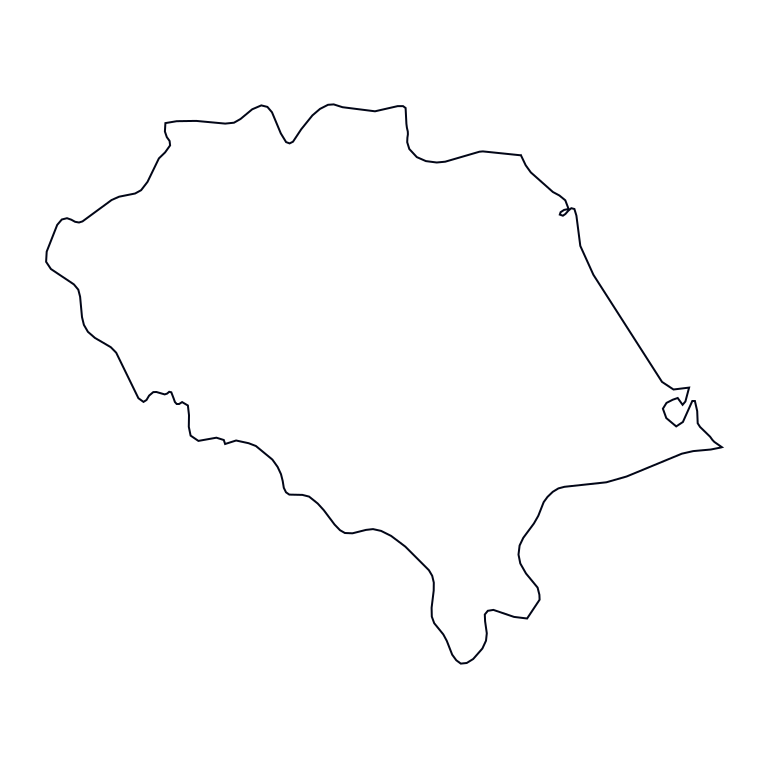 the Province of Quàng Nam
{"feature_id": "VNM-487", "entity_name": "Quàng Nam", "entity_type": "Province", "adm_level": 1, "iso_a3": "VNM", "parent_name": "Vietnam", "parent_adm1": "", "projection": "natural_earth1", "projection_center": [107.941, 15.525], "detail": "fine", "context": "isolated", "style": "outline", "palette": "ink", "viewbox_px": 768, "rotation_deg": 0, "n_neighbors": 0, "source": "natural_earth", "source_scale": "10m", "svg_char_len": 2485}
<svg xmlns="http://www.w3.org/2000/svg" viewBox="0 0 768 768"><path d="M79.0,222.5L82.5,221.4L111.6,200.0L119.1,196.7L135.1,193.5L141.1,190.2L147.5,181.9L158.9,158.4L165.1,152.4L170.1,145.4L169.6,141.0L166.8,137.1L164.9,131.5L165.4,123.1L176.7,121.2L196.1,120.9L225.2,123.6L234.0,122.7L240.5,119.0L252.2,109.3L261.3,105.4L267.4,106.9L272.0,112.3L280.8,133.4L286.1,142.1L289.6,143.4L293.0,141.7L301.2,129.3L312.4,115.4L320.0,108.9L328.0,104.8L333.7,104.4L342.5,107.2L375.0,111.3L397.8,106.1L403.0,106.1L405.6,108.0L406.4,123.8L406.9,127.7L407.8,131.6L407.9,134.4L407.4,137.7L407.2,142.2L409.3,149.0L416.8,157.1L425.9,161.1L436.7,162.5L445.2,161.7L479.5,151.7L482.9,151.4L520.7,155.3L520.9,155.2L525.7,165.3L530.8,172.4L552.9,192.0L559.4,195.5L565.3,200.3L568.6,209.0L564.1,209.9L560.6,212.2L559.8,214.6L562.9,215.7L565.4,214.0L568.3,210.7L571.3,208.2L574.4,209.0L576.4,215.6L580.3,245.9L593.4,274.8L662.0,381.9L673.5,389.5L689.1,387.6L685.4,401.5L682.6,404.8L677.7,398.0L672.8,399.7L666.5,402.9L662.9,408.7L666.3,418.1L676.2,426.4L682.9,422.0L692.3,401.0L694.9,401.0L697.2,411.1L697.7,423.3L700.1,427.0L710.1,436.7L712.4,439.9L714.3,441.9L721.9,447.2L720.9,447.5L710.9,449.5L693.2,451.1L681.8,453.7L626.6,476.5L606.3,482.3L564.5,486.8L558.4,488.4L552.8,491.8L547.5,496.9L543.7,502.1L538.3,515.8L533.9,523.5L523.3,537.8L519.6,545.5L518.5,554.6L520.3,563.5L526.0,573.5L537.6,587.6L539.4,594.8L539.6,599.7L527.1,618.5L514.0,616.9L493.4,609.9L487.8,610.8L484.8,614.5L485.1,621.3L486.8,633.3L486.0,640.7L482.4,648.5L473.2,659.0L466.7,663.0L460.8,663.6L456.3,660.3L452.2,654.7L446.8,640.9L443.3,634.4L434.2,623.2L431.8,616.6L431.6,607.8L433.7,590.6L433.8,582.6L432.2,575.8L428.9,570.2L405.3,546.6L391.1,535.9L381.1,530.9L373.0,529.1L366.0,529.9L352.5,533.3L344.9,533.0L340.0,530.2L334.6,524.6L323.8,510.2L317.7,503.5L309.1,496.6L302.4,494.9L289.3,494.6L286.0,492.3L283.8,487.8L282.7,481.0L281.0,474.2L277.6,466.9L272.4,459.6L255.9,446.0L248.6,443.2L236.1,440.5L225.1,444.0L223.8,440.0L216.4,437.7L198.4,440.9L190.6,435.6L188.8,426.8L189.0,415.2L187.9,405.5L182.1,402.1L179.1,404.0L176.7,404.0L174.9,402.0L173.6,398.3L171.3,392.3L169.2,391.8L167.1,393.6L164.7,394.4L156.4,392.0L153.3,392.1L149.1,395.6L146.5,400.0L143.5,401.9L138.4,398.2L116.2,352.7L110.8,347.2L94.9,337.9L87.9,331.8L83.9,324.9L82.0,317.1L80.1,296.7L78.3,289.7L73.9,284.4L50.9,269.0L46.1,261.8L46.7,251.6L57.2,224.9L61.8,219.5L67.0,218.2L71.3,219.7L75.1,221.8L79.0,222.5Z" fill="none" stroke="#020617" stroke-width="2"/></svg>